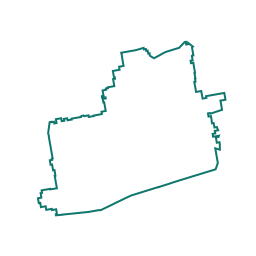 Wickepin, Western Australia, Australia, rotated 80°
{"feature_id": "25037944B57924194295774", "entity_name": "Wickepin", "entity_type": "district", "adm_level": 2, "iso_a3": "AUS", "parent_name": "Australia", "parent_adm1": "Western Australia", "projection": "equal_earth", "projection_center": [117.609, -32.822], "detail": "fine", "context": "isolated", "style": "outline", "palette": "teal", "viewbox_px": 256, "rotation_deg": 80, "n_neighbors": 0, "source": "geoboundaries", "source_scale": "gbopen_adm2", "svg_char_len": 3238}
<svg xmlns="http://www.w3.org/2000/svg" viewBox="0 0 256 256"><g transform="rotate(80 128 128)"><path d="M110.2,27.1L110.2,28.4L110.2,29.4L110.2,34.8L110.2,45.6L112.0,45.6L112.0,49.4L104.3,49.5L104.3,54.7L97.6,54.7L94.1,54.7L94.1,53.5L90.9,53.5L90.9,53.0L90.1,53.0L85.3,53.0L85.3,52.4L78.5,52.4L77.1,52.4L76.1,52.3L75.1,52.3L75.1,54.7L72.6,54.7L72.6,52.6L68.0,52.6L67.9,52.5L67.9,51.0L63.7,51.0L59.9,51.0L59.1,49.9L58.2,50.8L57.0,51.9L56.4,52.4L54.6,54.1L55.9,54.1L55.9,56.2L55.7,56.2L54.6,56.2L53.2,56.2L53.2,57.3L57.9,63.7L58.6,69.4L59.3,74.8L59.4,75.7L59.7,77.9L60.6,80.7L61.1,82.2L61.4,83.1L61.5,83.3L63.0,87.8L63.8,90.1L63.7,90.2L63.0,91.2L61.4,93.1L60.5,93.9L60.4,93.9L58.2,93.8L58.2,95.2L55.2,95.2L55.2,96.7L53.3,96.7L53.3,98.7L51.8,98.7L51.9,99.8L52.3,103.1L52.7,106.8L52.7,108.2L52.7,110.8L52.7,121.6L53.9,121.6L54.1,121.4L55.4,121.4L55.6,121.5L60.5,121.6L64.0,121.6L66.1,121.6L66.1,126.1L69.2,126.2L69.2,129.1L69.2,133.0L71.6,133.0L72.4,133.0L74.8,133.0L75.9,133.0L75.9,132.2L77.2,132.2L77.2,134.2L77.3,134.2L81.5,134.2L84.4,134.2L84.4,140.8L85.2,140.8L85.2,142.7L86.3,142.7L86.3,143.7L86.6,143.7L86.6,146.5L88.5,146.5L90.7,146.5L92.1,146.5L92.1,148.2L93.9,148.2L93.9,144.8L95.0,144.8L95.0,147.8L98.6,147.8L98.6,147.0L102.7,147.0L107.3,147.0L107.4,151.3L109.7,151.3L109.8,155.7L109.8,155.8L109.8,159.7L110.3,159.7L110.3,164.7L108.7,164.7L108.7,169.2L108.6,169.3L108.0,169.7L108.0,171.4L108.4,172.1L108.5,172.5L109.0,172.5L109.0,182.0L109.9,182.0L109.9,186.2L108.9,186.2L107.9,186.2L107.9,189.5L109.8,189.5L109.8,190.7L109.7,190.7L109.7,192.1L109.1,192.1L106.8,192.1L106.8,192.8L106.8,194.7L106.8,195.5L106.8,196.4L106.8,197.5L110.7,197.5L110.7,197.8L110.7,199.8L109.0,199.7L109.0,202.2L108.6,202.2L108.7,204.2L110.7,204.8L113.4,205.7L118.5,207.3L119.5,207.6L121.8,207.3L122.1,207.4L123.2,207.5L125.9,207.5L127.3,207.5L128.6,207.5L132.3,207.5L135.0,207.5L135.9,207.5L138.2,207.5L139.3,207.5L141.0,207.5L144.9,207.5L144.9,208.3L146.2,208.3L146.2,210.6L150.8,210.6L150.8,209.1L154.1,209.1L156.7,209.1L156.7,207.7L160.1,207.7L160.2,207.8L162.5,207.8L162.5,208.5L164.6,208.5L168.9,208.5L171.3,208.5L175.0,208.5L175.0,209.3L175.0,210.6L175.0,212.1L174.9,215.3L174.4,215.3L174.4,215.8L174.4,219.6L174.4,221.6L174.4,223.9L177.0,223.9L177.0,225.4L181.5,225.4L181.6,228.9L186.5,228.9L186.5,227.4L190.2,227.5L190.8,227.5L190.8,222.7L194.4,222.7L194.4,217.1L195.6,217.1L195.6,214.5L195.6,212.9L197.9,212.9L200.5,212.9L200.5,214.1L201.5,214.1L202.0,207.8L201.9,207.8L203.0,192.9L203.5,185.5L203.8,181.8L203.8,171.4L203.8,170.7L204.2,169.7L204.2,169.1L203.9,168.2L203.0,165.0L200.6,156.5L199.0,151.1L198.4,148.8L197.0,144.0L195.1,137.0L195.0,136.7L195.0,136.3L194.6,133.4L192.0,112.8L191.4,108.3L191.6,108.3L191.2,105.7L190.6,101.4L190.0,96.6L189.9,96.6L188.6,86.8L186.3,68.3L183.9,48.9L178.0,45.6L172.2,45.6L163.2,45.6L165.3,41.3L159.8,40.4L157.9,40.4L157.9,43.1L152.4,43.1L152.5,40.4L151.4,39.8L151.4,45.7L148.5,45.7L148.5,43.0L145.9,43.0L145.9,39.6L145.1,39.8L142.5,40.3L142.5,42.8L138.0,42.8L138.0,44.4L135.5,44.4L135.4,44.3L130.7,44.3L130.7,46.7L127.5,46.7L127.5,44.6L128.2,44.2L128.1,43.2L127.8,41.7L126.6,33.5L126.4,32.2L121.8,32.2L117.1,32.2L117.1,27.1L113.6,27.1L110.2,27.1Z" fill="none" stroke="#0f766e" stroke-width="2"/></g></svg>